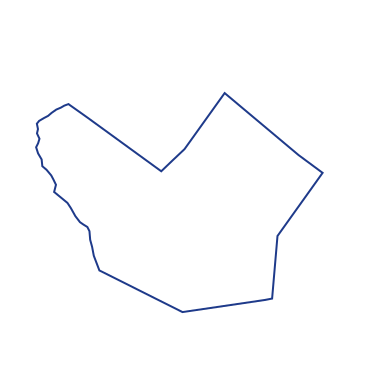 Wall Ferraz, Piauí, Brazil, rotated 157°
{"feature_id": "56859067B98259691678439", "entity_name": "Wall Ferraz", "entity_type": "district", "adm_level": 2, "iso_a3": "BRA", "parent_name": "Brazil", "parent_adm1": "Piauí", "projection": "equal_earth", "projection_center": [-41.824, -7.271], "detail": "fine", "context": "isolated", "style": "outline", "palette": "blue", "viewbox_px": 384, "rotation_deg": 157, "n_neighbors": 0, "source": "geoboundaries", "source_scale": "gbopen_adm2", "svg_char_len": 701}
<svg xmlns="http://www.w3.org/2000/svg" viewBox="0 0 384 384"><g transform="rotate(157 192 192)"><path d="M123.3,270.3L182.1,234.4L198.0,228.5L212.2,223.1L259.2,301.4L271.4,321.2L275.8,321.4L279.8,320.9L284.7,320.9L290.3,319.7L294.7,318.3L299.5,317.9L304.9,317.2L308.1,315.5L309.2,310.1L311.8,306.5L311.6,300.6L314.6,297.0L318.0,294.1L318.6,287.7L317.7,280.7L319.7,274.2L317.2,269.2L315.1,262.3L314.7,257.8L314.4,251.8L318.9,245.9L310.9,230.6L309.8,224.5L308.8,215.3L306.9,208.0L304.7,204.5L302.0,200.7L301.7,196.0L304.4,187.8L305.4,180.5L307.3,171.7L307.9,156.0L247.7,85.2L167.3,64.2L159.9,62.6L130.5,118.1L64.3,158.6L79.4,184.2L123.3,270.3Z" fill="none" stroke="#1e3a8a" stroke-width="2"/></g></svg>